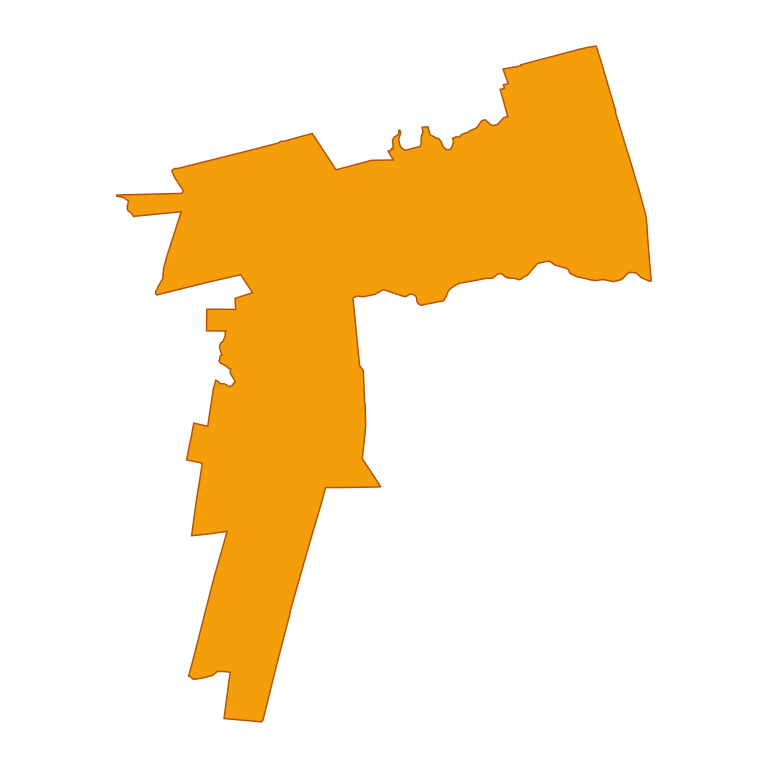 Ciresu, Braila, Romania (Robinson projection)
{"feature_id": "2599482B19299751639554", "entity_name": "Ciresu", "entity_type": "district", "adm_level": 2, "iso_a3": "ROU", "parent_name": "Romania", "parent_adm1": "Braila", "projection": "robinson", "projection_center": [27.398, 44.954], "detail": "fine", "context": "isolated", "style": "filled", "palette": "amber", "viewbox_px": 768, "rotation_deg": 0, "n_neighbors": 0, "source": "geoboundaries", "source_scale": "gbopen_adm2", "svg_char_len": 6119}
<svg xmlns="http://www.w3.org/2000/svg" viewBox="0 0 768 768"><path d="M261.5,721.9L261.5,721.7L261.6,721.3L261.8,720.9L262.3,720.6L262.9,720.5L272.0,683.6L273.1,679.0L276.8,664.3L281.7,645.5L290.0,613.6L289.7,613.1L296.8,587.7L301.6,571.0L310.1,541.4L318.5,512.8L321.3,503.4L325.6,487.6L336.4,487.6L354.0,487.4L380.0,486.9L380.6,486.6L379.7,485.2L368.6,468.2L363.7,460.8L362.3,458.4L364.3,440.7L364.6,437.4L365.0,434.0L365.3,430.6L365.4,427.3L365.7,426.7L365.3,409.6L365.1,403.8L364.6,401.7L363.3,370.5L359.6,365.5L353.0,298.5L354.0,297.6L355.1,296.9L356.9,296.1L357.7,296.1L363.0,296.8L374.5,294.5L375.7,294.0L379.7,291.7L381.7,290.4L382.7,290.0L383.8,289.9L384.9,290.1L393.3,292.9L401.4,295.7L404.7,296.6L405.7,296.6L406.6,296.2L408.8,294.8L410.2,294.2L411.6,294.1L412.9,294.4L414.0,294.8L415.1,295.6L415.7,296.5L416.3,297.4L416.7,298.6L416.6,300.2L416.8,301.2L417.3,302.1L418.2,303.4L419.7,304.7L420.9,305.1L422.6,305.1L425.0,304.4L430.5,303.4L433.7,302.8L436.2,302.1L442.0,301.2L443.5,300.6L444.5,299.8L445.0,298.4L446.4,295.9L447.7,292.4L448.8,290.3L450.8,288.5L454.7,285.7L458.1,283.9L459.9,283.2L476.2,280.3L485.3,278.5L487.4,278.3L490.3,278.4L492.4,278.2L493.9,277.1L497.3,274.4L498.2,273.9L499.2,273.7L500.3,273.6L501.0,273.7L502.9,274.8L505.8,277.1L506.9,277.6L508.5,278.1L512.5,278.1L513.9,278.2L515.8,278.7L517.7,279.4L518.9,279.7L520.3,279.5L521.6,278.9L523.0,277.5L524.2,276.6L526.5,275.7L528.1,274.5L533.4,268.1L536.5,264.5L538.0,263.5L540.7,262.7L544.1,262.0L546.4,261.4L549.2,261.5L550.1,261.7L551.0,262.2L555.1,265.1L567.4,268.7L568.0,269.3L568.8,270.3L569.6,272.8L570.2,273.5L577.2,276.9L581.5,277.6L591.6,280.1L594.4,280.5L597.3,280.5L600.4,279.8L602.9,279.6L605.0,279.8L612.4,281.5L613.7,281.6L617.0,280.8L619.6,280.1L621.4,279.4L622.9,278.5L624.7,276.5L626.6,274.4L628.1,273.2L630.3,272.4L631.6,272.4L634.7,272.8L636.4,273.2L637.6,274.0L639.3,275.8L640.9,277.4L648.9,281.0L650.6,281.1L651.2,281.0L648.0,242.3L647.2,230.7L647.2,229.0L646.6,221.8L645.9,215.7L639.3,191.1L636.7,182.7L629.1,156.8L628.4,154.9L615.6,112.9L615.6,110.8L600.2,58.5L600.1,58.4L596.2,46.1L588.4,47.2L581.8,48.7L581.2,48.8L520.6,64.8L521.0,65.8L503.0,69.0L508.2,83.6L503.3,84.9L504.5,88.4L500.2,89.3L507.8,116.6L507.3,116.5L503.3,118.0L499.4,122.5L498.5,123.4L497.3,124.4L495.0,125.2L493.5,125.4L492.3,125.3L491.1,125.1L486.9,121.3L485.8,120.1L485.4,119.9L483.8,120.0L482.1,120.6L481.0,121.7L479.9,123.1L477.7,126.4L476.9,127.5L476.3,127.9L475.2,128.5L471.8,129.9L469.9,130.8L468.8,131.6L468.1,132.2L467.4,132.6L466.2,132.9L464.9,133.0L464.3,133.3L463.6,133.8L461.5,134.6L460.4,135.7L459.6,136.9L458.0,137.0L456.2,136.8L452.5,138.4L453.3,140.3L453.4,141.6L453.3,142.6L451.8,147.3L451.5,147.5L451.3,147.9L450.5,148.9L449.4,149.5L448.6,149.8L447.0,149.9L444.3,147.8L443.5,147.0L442.9,146.1L442.4,144.8L441.6,142.5L441.4,141.9L440.6,141.4L440.0,140.4L439.4,139.2L439.2,139.0L438.6,138.5L438.3,138.4L437.2,138.4L435.5,137.7L434.7,137.1L434.4,136.9L433.9,136.7L430.9,135.1L430.0,134.4L429.2,131.7L429.2,130.9L429.1,130.7L428.8,130.4L428.7,130.3L428.4,129.0L428.0,126.7L422.0,127.4L423.2,132.6L422.7,133.1L422.3,133.6L421.9,134.3L421.8,134.8L421.3,137.8L421.2,139.4L421.1,141.3L421.2,143.1L421.1,143.7L420.8,145.0L420.3,145.8L419.8,146.5L419.6,146.7L419.1,146.8L416.9,147.2L412.8,148.3L409.9,149.1L406.3,150.1L405.5,150.1L404.7,149.9L402.6,148.7L401.8,148.1L401.2,147.5L400.6,146.7L400.1,145.6L399.0,141.1L398.8,140.0L398.9,138.4L399.7,135.8L400.3,134.7L400.5,134.2L400.6,132.6L400.0,130.3L398.7,130.4L398.8,132.1L398.7,133.7L397.4,135.3L394.5,136.9L393.5,138.2L393.1,138.8L392.6,140.0L392.6,140.5L392.5,141.5L392.8,142.5L392.9,144.5L393.1,148.8L391.2,148.9L391.2,149.7L391.0,150.1L390.7,150.4L390.3,150.7L389.6,150.9L388.9,151.0L388.3,150.9L388.1,150.9L388.0,151.0L393.5,160.0L385.5,160.1L377.6,160.2L371.5,160.3L360.4,163.3L336.1,169.8L312.3,133.5L298.1,137.3L283.9,141.3L281.6,141.2L280.4,141.5L279.6,142.3L278.3,143.0L257.7,148.4L182.4,167.3L178.3,168.4L177.4,168.5L175.9,168.4L175.2,168.5L173.9,169.0L172.6,169.6L172.2,170.2L172.0,171.4L174.6,177.4L183.0,190.3L182.9,191.7L181.8,193.4L116.8,195.0L116.8,196.1L118.1,196.6L120.0,196.7L122.6,197.3L124.0,197.7L127.4,200.2L128.1,200.8L128.4,201.6L127.3,206.1L127.3,208.7L128.0,210.7L130.3,212.2L131.5,213.4L132.8,215.0L133.5,216.6L135.3,216.2L151.8,214.6L181.3,211.7L181.0,212.4L171.1,243.2L171.1,243.3L166.5,257.4L166.6,257.7L163.6,268.2L162.7,278.5L162.3,279.5L159.4,284.4L157.9,286.9L157.3,289.0L156.9,289.9L156.2,290.6L155.7,291.6L155.5,292.4L155.6,293.2L156.0,294.2L156.5,294.9L156.8,294.9L207.2,282.4L240.7,274.7L252.6,292.7L235.1,298.4L235.6,309.4L206.8,309.2L206.5,330.8L226.0,331.0L225.2,332.8L225.2,335.8L224.9,336.8L222.9,341.4L221.3,342.5L220.8,343.1L220.1,344.5L219.7,346.3L219.6,347.3L219.6,347.6L219.6,348.0L220.2,349.5L220.3,350.0L220.3,350.5L220.4,351.0L221.0,352.4L221.7,353.8L221.8,354.2L221.9,355.0L221.4,355.1L220.9,355.2L220.6,355.5L220.2,356.2L219.5,359.8L219.4,360.3L219.0,360.9L219.5,361.3L219.8,362.2L220.3,362.8L221.0,363.5L221.4,363.8L222.7,364.3L223.9,364.8L224.4,365.0L226.0,366.1L227.7,367.5L227.9,367.8L228.3,368.0L230.1,368.9L230.8,369.1L230.4,370.3L230.2,372.0L230.2,372.6L230.4,373.2L230.6,373.8L231.6,375.4L233.4,378.4L234.6,380.1L234.8,380.8L234.7,381.9L234.7,382.4L234.2,383.0L233.3,383.8L232.3,385.0L231.5,385.9L230.8,386.2L230.2,386.4L229.5,386.5L228.9,386.4L228.5,386.3L226.3,384.7L225.4,384.3L224.6,384.0L223.9,383.8L223.3,383.8L220.6,383.7L219.8,383.4L219.4,383.0L218.8,382.1L218.3,381.6L216.3,380.3L215.6,380.2L215.1,383.0L213.3,389.0L213.0,390.4L213.0,391.2L210.6,407.2L207.7,426.3L193.8,423.1L193.1,426.6L191.4,436.1L190.0,442.6L186.6,459.9L201.3,463.0L201.8,463.3L202.1,463.7L202.2,463.9L201.8,466.2L200.5,474.9L200.5,475.1L195.9,503.8L191.6,535.7L207.2,534.1L227.0,531.4L222.8,546.8L218.8,560.8L214.5,576.0L210.5,591.3L192.6,661.5L189.3,674.0L188.4,675.7L188.4,675.9L188.8,676.2L189.6,676.2L193.0,679.1L194.1,679.2L194.9,679.3L199.2,678.6L204.0,677.7L213.1,675.2L216.6,671.9L216.9,671.6L217.3,671.5L222.9,671.5L227.1,671.8L230.3,672.4L229.2,679.3L224.0,718.5L261.5,721.9Z" fill="#f59e0b" stroke="#b45309" stroke-width="1.5"/></svg>